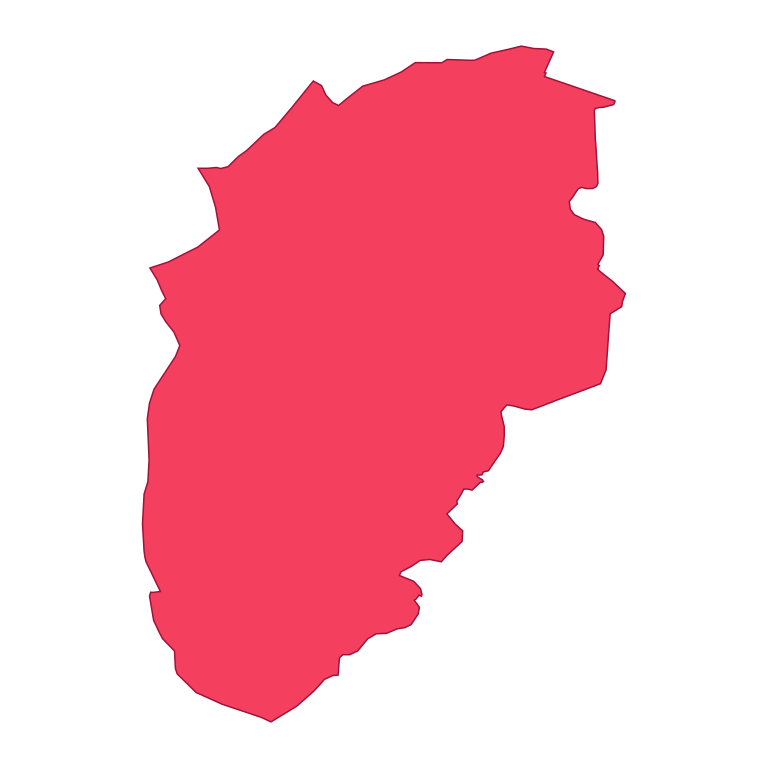 Kereneik, Western Darfur, Sudan
{"feature_id": "16777658B41209809376669", "entity_name": "Kereneik", "entity_type": "district", "adm_level": 2, "iso_a3": "SDN", "parent_name": "Sudan", "parent_adm1": "Western Darfur", "projection": "albers", "projection_center": [22.962, 13.294], "detail": "fine", "context": "isolated", "style": "filled", "palette": "rose", "viewbox_px": 768, "rotation_deg": 0, "n_neighbors": 0, "source": "geoboundaries", "source_scale": "gbopen_adm2", "svg_char_len": 4605}
<svg xmlns="http://www.w3.org/2000/svg" viewBox="0 0 768 768"><path d="M150.7,592.2L149.5,596.0L153.6,620.3L159.4,632.6L162.6,638.7L174.5,651.0L175.4,668.5L177.2,673.9L196.1,692.5L222.3,704.3L261.3,717.4L271.0,721.9L296.8,706.1L314.1,690.9L320.9,683.4L324.4,679.4L333.1,675.4L338.1,675.1L338.5,670.3L338.9,664.6L339.5,657.8L339.5,657.7L340.0,657.3L340.2,657.1L341.6,655.8L342.4,655.1L342.8,654.7L346.2,654.7L347.5,654.7L349.5,654.7L354.3,652.5L357.3,651.1L357.7,651.0L357.8,650.8L358.5,650.0L362.0,645.7L362.6,645.0L363.9,643.4L365.3,641.7L367.7,638.8L376.2,633.8L382.1,633.5L386.5,633.4L392.8,630.7L396.2,629.3L396.8,629.0L397.0,628.9L397.5,628.8L399.4,628.5L399.8,628.4L401.7,628.1L402.5,628.0L404.2,627.7L404.8,627.7L405.0,627.6L405.6,627.3L407.0,626.6L407.9,626.2L411.1,624.6L411.2,624.4L411.3,624.3L411.7,623.7L412.2,622.9L412.3,622.7L412.9,622.0L413.1,621.7L414.9,619.0L415.3,618.3L418.1,614.2L418.2,613.9L419.0,609.7L419.4,607.5L419.4,607.3L419.0,606.8L418.6,606.3L417.9,605.2L417.7,604.9L414.6,600.7L414.3,600.2L414.6,600.0L414.8,599.9L415.2,599.6L415.3,599.5L415.9,599.1L416.1,599.0L416.3,598.8L416.5,598.6L416.7,598.3L417.0,598.0L417.1,597.8L417.4,597.4L417.5,597.2L418.5,595.9L418.8,595.5L419.0,595.3L419.1,595.1L419.6,595.4L420.5,595.8L421.0,596.0L421.5,596.2L421.9,594.1L420.5,588.6L413.7,581.3L399.4,575.5L401.0,571.8L411.8,566.1L420.2,560.4L429.9,559.5L441.3,561.8L447.0,555.4L462.1,541.4L462.7,530.9L455.1,524.0L446.9,513.9L451.4,509.6L457.5,503.8L456.7,501.4L461.7,493.2L463.1,490.3L463.6,489.2L467.2,489.0L472.1,490.1L480.4,482.3L482.1,482.4L483.4,481.5L482.3,479.6L479.1,478.0L478.8,477.5L478.0,477.2L477.0,476.0L477.4,474.9L479.1,475.1L480.4,474.9L481.9,474.9L482.6,473.5L483.3,471.9L485.8,471.4L488.4,470.8L489.4,469.3L489.6,468.9L495.2,460.7L497.7,457.1L498.0,456.7L500.4,453.2L502.6,448.1L503.3,446.6L503.4,446.2L503.4,445.8L503.6,443.7L504.2,436.5L504.3,435.0L504.2,426.4L501.7,416.2L500.9,411.9L501.4,411.3L504.2,407.8L506.9,404.9L507.6,405.0L513.8,406.0L517.1,406.9L522.4,408.4L524.8,409.1L528.5,409.4L531.3,409.7L531.7,409.7L531.9,409.7L532.3,409.6L532.6,409.5L532.8,409.4L533.5,409.1L538.9,407.1L549.0,403.2L551.2,402.4L551.5,402.3L552.9,401.7L556.3,400.3L585.9,389.2L600.4,383.7L600.5,383.7L606.1,369.7L608.9,330.3L609.4,324.1L610.0,316.1L610.0,315.8L610.0,315.3L610.1,314.2L610.2,313.8L610.3,313.7L611.0,313.3L612.2,312.5L614.3,311.3L620.0,307.7L620.7,307.3L621.1,307.0L621.5,306.8L621.7,306.5L621.8,306.3L621.9,305.6L622.0,304.7L622.3,302.7L622.4,302.0L623.1,299.8L624.1,297.1L624.2,296.7L624.6,295.6L625.1,294.5L625.3,294.1L625.5,293.6L621.9,290.2L619.3,287.7L617.2,285.8L613.1,281.8L611.3,280.4L611.2,280.3L610.7,279.9L608.7,278.4L607.7,277.5L607.0,277.0L605.8,276.0L603.2,274.0L603.0,273.8L601.1,272.3L597.9,269.6L598.3,269.0L597.8,268.6L599.4,265.7L599.0,265.6L597.8,264.5L603.2,254.8L603.7,237.1L603.7,236.3L601.6,229.6L595.3,222.5L585.3,219.7L584.3,219.3L583.9,219.2L582.4,218.6L581.7,218.3L580.1,217.5L574.2,214.6L570.2,209.0L570.2,208.8L570.2,208.4L570.1,208.2L570.1,207.6L570.0,207.2L569.9,206.4L569.9,206.2L569.8,205.9L569.8,205.7L569.8,205.4L569.7,205.1L569.7,204.7L569.6,204.0L569.4,202.2L569.3,201.6L569.9,200.7L570.9,199.4L572.2,197.8L572.6,197.3L574.1,194.9L575.6,192.7L576.6,191.1L578.3,188.7L581.8,187.4L586.4,188.6L592.4,188.6L596.5,186.5L597.9,183.3L597.9,181.7L597.8,181.1L597.8,180.9L597.8,180.7L597.8,179.7L597.7,173.1L597.0,164.7L596.9,162.5L596.5,155.9L596.1,149.2L596.1,148.8L595.8,145.1L595.7,143.3L595.3,139.3L595.3,138.7L595.2,136.3L595.2,135.7L594.9,126.5L594.6,116.8L594.5,115.7L594.5,114.3L594.5,114.1L594.3,110.9L595.2,108.6L599.1,107.5L601.2,107.4L603.2,107.3L613.6,104.6L614.8,102.1L614.9,101.9L614.9,101.3L614.8,101.1L614.8,100.7L544.9,76.7L544.4,76.5L546.0,73.0L544.4,72.5L553.6,51.9L553.3,51.8L552.5,51.5L546.3,49.1L544.4,49.0L533.6,48.5L527.6,47.3L521.2,46.1L510.5,48.8L490.9,53.2L474.8,60.2L470.3,60.3L447.2,59.5L441.7,62.8L415.3,62.6L401.0,72.1L384.2,79.9L362.8,86.1L346.0,99.3L338.6,105.5L332.6,102.6L325.9,95.1L321.5,85.6L313.5,81.1L313.3,81.0L292.3,107.0L275.0,127.5L263.8,134.3L246.7,150.5L241.7,154.1L238.6,156.3L228.0,166.7L220.7,168.5L216.5,167.5L207.4,168.3L198.1,168.3L209.4,186.7L215.5,207.1L218.9,226.6L219.4,230.0L197.6,247.2L182.8,254.6L176.4,257.9L168.3,262.0L149.9,268.0L157.1,279.7L161.7,290.7L165.7,298.7L159.7,305.4L161.0,313.9L165.9,321.9L174.0,332.2L179.8,345.6L175.5,356.4L155.0,387.7L154.0,389.2L149.5,403.1L147.3,418.8L149.1,459.8L147.9,481.6L144.1,494.0L142.5,523.9L144.1,551.5L144.9,557.0L146.0,561.7L160.4,591.5L155.7,592.1L152.6,592.4L150.7,592.2Z" fill="#f43f5e" stroke="#9f1239" stroke-width="1.5"/></svg>